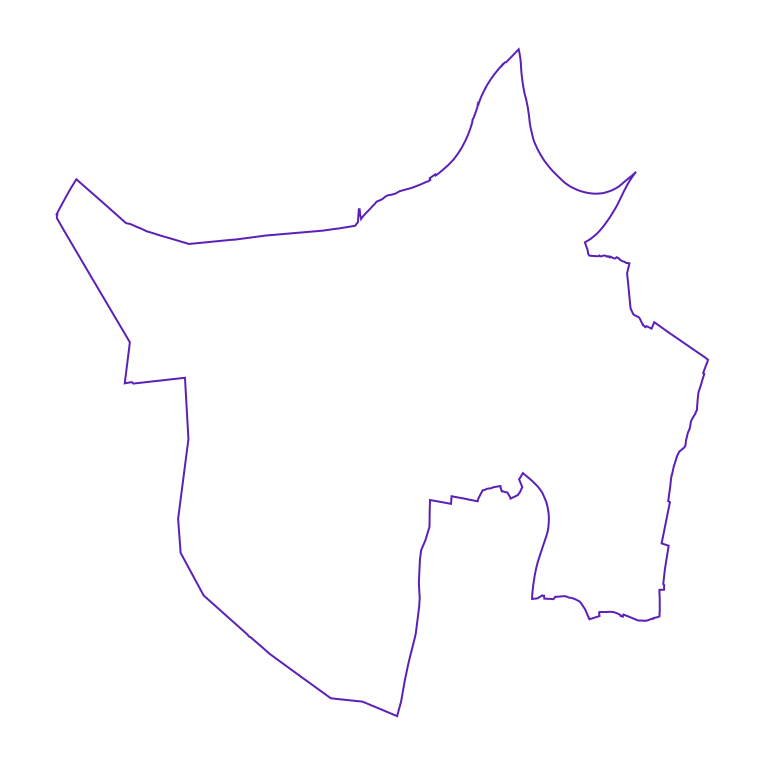 the district of Arnhem, Gelderland, Netherlands, rotated 269°
{"feature_id": "6326949B83148599629942", "entity_name": "Arnhem", "entity_type": "district", "adm_level": 2, "iso_a3": "NLD", "parent_name": "Netherlands", "parent_adm1": "Gelderland", "projection": "robinson", "projection_center": [5.9, 52.006], "detail": "fine", "context": "isolated", "style": "outline", "palette": "violet", "viewbox_px": 768, "rotation_deg": 269, "n_neighbors": 0, "source": "geoboundaries", "source_scale": "gbopen_adm2", "svg_char_len": 6072}
<svg xmlns="http://www.w3.org/2000/svg" viewBox="0 0 768 768"><g transform="rotate(269 384 384)"><path d="M559.3,59.6L559.1,60.3L558.5,60.1L557.3,59.9L555.6,59.8L545.4,65.4L497.0,92.7L430.4,130.5L429.8,130.6L389.2,124.8L390.3,131.8L388.8,133.4L389.0,135.4L393.7,185.1L332.3,187.5L252.9,175.8L243.6,176.3L218.7,177.7L175.7,200.0L135.5,243.5L134.6,244.0L134.0,244.5L133.6,245.1L133.1,246.2L122.1,258.5L115.8,265.4L92.0,296.9L70.8,325.2L70.2,329.0L66.8,356.9L51.7,391.3L66.0,395.5L86.5,399.5L91.0,400.5L102.4,403.1L108.0,404.5L130.5,410.6L134.4,411.5L161.1,415.3L169.9,416.0L172.8,415.8L185.0,415.4L208.3,416.9L217.3,418.3L227.1,422.7L240.5,427.0L257.2,427.5L267.2,428.0L265.1,438.5L264.8,440.1L263.0,448.9L270.6,449.6L269.5,454.9L267.6,464.4L267.0,466.6L265.1,475.6L267.5,476.2L273.4,479.3L273.7,479.6L276.1,480.9L276.0,481.4L276.4,483.0L276.8,483.8L277.1,484.2L277.4,485.1L277.8,487.9L277.8,489.0L278.8,491.3L279.5,495.5L279.5,496.2L279.6,496.8L280.1,498.1L279.8,498.8L279.0,498.9L277.7,498.8L277.3,499.1L275.7,499.5L274.7,500.0L274.9,500.4L274.5,500.7L274.5,501.4L273.8,503.1L273.4,505.4L268.7,508.1L267.2,508.5L270.7,516.1L271.7,516.5L272.2,517.1L273.6,518.1L274.9,518.7L277.4,519.9L278.3,520.5L286.4,517.4L286.5,517.4L287.7,518.4L292.5,521.3L286.8,527.9L284.9,530.0L281.5,533.4L279.3,535.5L277.7,536.8L273.9,539.5L272.8,540.2L270.4,541.3L266.3,543.0L263.9,543.9L261.3,544.7L257.5,545.5L252.1,546.3L250.8,546.4L247.0,546.5L243.5,546.4L241.3,546.2L237.5,545.8L235.1,545.3L233.2,544.9L228.9,543.6L212.6,537.8L203.2,534.6L197.3,533.0L191.6,531.7L189.0,531.2L179.7,529.6L171.4,528.6L166.5,528.3L166.9,532.9L167.0,533.6L169.5,537.9L169.4,537.9L169.5,540.3L166.6,540.5L166.2,546.9L165.9,549.4L166.2,550.0L166.5,550.3L167.1,550.7L167.8,551.0L168.1,551.3L168.3,551.5L168.3,552.8L168.2,552.8L168.5,556.8L168.7,560.8L168.6,561.5L168.2,563.1L167.3,564.9L166.8,567.7L165.9,570.5L165.5,571.4L163.8,574.6L163.2,575.6L162.5,576.3L161.7,577.0L155.9,580.7L154.4,581.5L146.7,584.6L146.8,584.7L145.2,585.4L148.2,595.4L151.4,595.1L152.1,595.2L152.2,595.4L152.3,595.8L152.1,601.0L152.3,605.6L152.0,609.2L151.2,611.7L150.6,613.1L150.0,614.4L148.8,616.4L148.6,616.6L148.1,616.9L147.8,616.8L147.7,617.3L147.9,617.6L147.2,618.7L149.3,619.5L146.6,625.9L143.1,634.0L142.8,640.9L142.6,641.0L142.7,642.0L143.2,644.0L144.0,646.0L144.3,647.2L144.7,649.3L145.2,649.2L146.3,654.3L147.2,655.5L150.6,655.5L151.1,655.6L151.5,655.7L152.2,655.8L156.3,655.8L164.3,655.9L167.6,655.9L168.6,655.8L173.4,655.8L173.4,660.4L178.1,660.6L178.2,660.3L179.1,659.7L193.7,661.6L197.2,662.2L217.3,665.8L219.8,658.8L260.8,667.8L261.1,667.7L261.9,666.1L275.8,668.3L279.7,668.8L284.1,669.3L288.4,670.2L288.4,670.4L296.1,672.2L306.2,675.6L306.3,675.5L310.0,677.4L311.0,677.9L311.4,678.2L311.7,678.6L315.0,682.8L316.1,683.7L317.3,684.3L319.9,684.7L322.1,684.9L323.1,685.1L324.1,685.5L329.8,686.9L333.2,688.5L334.9,689.1L340.3,690.1L341.3,690.3L342.7,690.9L347.1,693.6L349.4,695.1L349.8,694.9L352.4,696.4L352.5,696.3L353.2,696.6L354.2,696.5L362.3,697.3L369.8,698.2L371.1,698.6L377.9,701.0L382.6,702.4L388.5,704.4L389.3,703.3L392.3,704.4L398.6,706.9L398.9,707.2L402.5,708.4L404.5,706.1L412.5,694.8L417.4,688.0L430.4,669.7L441.1,655.3L434.7,652.5L436.5,649.1L436.9,648.2L437.2,647.4L437.2,647.2L436.7,647.0L436.2,646.4L438.2,644.2L438.6,644.1L438.5,643.9L439.3,643.5L444.1,641.3L445.4,640.6L446.1,640.0L446.6,639.5L446.9,638.8L447.0,638.4L448.3,636.0L448.7,635.3L449.3,634.6L449.7,634.3L453.3,632.7L454.1,632.3L455.1,631.9L455.8,631.8L482.1,629.7L489.8,629.0L491.1,629.1L500.3,631.5L500.6,630.8L500.7,628.5L502.0,626.6L502.4,625.2L502.9,623.9L504.7,621.4L504.8,621.3L505.4,621.2L506.7,618.8L506.0,618.1L505.7,617.7L505.5,617.2L505.5,616.8L506.0,615.1L507.5,612.5L507.5,612.4L507.4,612.3L506.7,612.1L506.6,611.8L506.9,611.3L507.5,610.9L507.8,610.5L507.7,610.1L507.4,609.1L507.7,608.8L508.2,608.5L508.6,606.3L508.6,605.9L508.2,604.4L507.8,603.1L508.1,602.0L508.7,601.4L508.0,600.4L508.0,599.3L508.2,597.8L508.3,595.9L508.4,595.3L508.6,592.8L508.8,592.6L508.8,591.5L510.4,590.5L511.0,590.3L514.1,590.0L522.1,587.3L524.1,590.9L525.6,593.3L529.9,598.8L531.2,600.2L535.0,603.7L538.9,607.0L544.4,611.1L548.6,614.0L555.9,618.6L560.5,621.2L573.0,627.5L580.2,631.5L582.6,633.0L587.0,636.0L591.8,639.7L590.1,638.0L588.1,635.7L585.4,632.2L582.8,628.9L578.0,623.1L576.4,620.7L574.9,617.9L573.6,615.1L572.3,611.2L571.6,608.7L571.1,606.5L570.8,604.3L570.6,600.7L570.6,598.1L570.8,595.6L571.4,591.6L572.0,588.9L572.7,586.4L573.6,583.4L575.0,580.0L576.7,576.5L577.6,574.7L579.4,571.9L581.8,568.7L583.7,566.5L588.7,561.5L592.6,557.7L595.8,554.8L599.2,552.1L602.1,549.9L604.9,547.9L610.2,544.7L615.9,541.7L621.6,539.2L625.1,537.9L628.7,537.0L638.5,534.9L642.8,534.3L650.3,533.6L657.9,532.6L666.1,531.1L670.8,529.9L673.8,529.3L679.7,528.3L683.6,527.8L690.1,527.1L695.2,526.7L702.7,526.4L707.2,526.0L712.8,525.2L716.3,524.5L703.7,511.9L703.6,511.7L703.4,510.5L700.5,507.7L700.9,507.7L697.3,504.4L692.2,500.1L687.3,496.4L681.9,492.8L678.2,490.6L677.9,490.6L677.9,490.4L673.9,488.4L670.1,486.5L666.4,484.9L663.7,483.9L663.7,483.2L662.0,483.3L662.0,482.6L660.5,482.6L655.7,481.0L648.5,478.2L647.2,477.3L643.7,476.7L641.5,476.0L637.4,474.6L631.6,472.3L627.0,470.2L624.7,469.0L619.5,466.2L615.8,463.8L611.6,460.9L607.5,457.7L605.8,456.1L601.9,452.2L596.5,445.9L593.7,442.4L591.6,439.3L592.7,438.9L588.9,433.2L587.3,433.9L586.0,432.0L585.3,429.8L582.4,422.9L580.9,418.7L580.0,416.4L578.8,412.2L578.5,410.5L577.9,408.6L576.5,402.9L574.3,399.1L573.1,394.7L572.6,391.1L571.7,389.2L568.8,385.4L567.0,381.3L566.5,379.9L563.8,377.5L561.1,374.7L559.7,373.5L554.6,368.3L550.4,364.6L549.4,364.0L553.8,363.1L559.1,362.7L559.2,361.9L547.9,360.9L546.2,360.8L545.3,359.9L542.7,357.9L541.1,346.9L540.3,341.6L540.1,339.0L539.1,331.2L538.7,327.8L538.4,325.4L534.5,268.3L530.8,236.2L531.0,236.0L527.4,191.5L532.3,176.1L536.3,163.1L539.4,154.0L540.9,149.1L542.2,146.8L543.4,144.2L545.4,139.6L547.7,134.7L548.6,132.4L549.3,128.9L568.5,108.1L584.3,90.7L589.8,84.6L594.1,80.0L585.8,74.7L579.9,71.1L564.7,62.5L559.3,59.6Z" fill="none" stroke="#5b21b6" stroke-width="2"/></g></svg>